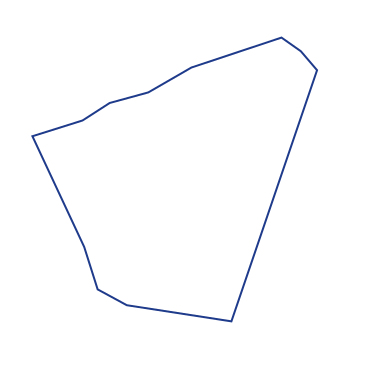 map outline of Krsko (Mercator projection), rotated 349°
{"feature_id": "SVN-939", "entity_name": "Krsko", "entity_type": "Municipality", "adm_level": 1, "iso_a3": "SVN", "parent_name": "Slovenia", "parent_adm1": "", "projection": "mercator", "projection_center": [15.579, 46.008], "detail": "fine", "context": "isolated", "style": "outline", "palette": "blue", "viewbox_px": 384, "rotation_deg": 349, "n_neighbors": 0, "source": "natural_earth", "source_scale": "10m", "svg_char_len": 312}
<svg xmlns="http://www.w3.org/2000/svg" viewBox="0 0 384 384"><g transform="rotate(349 192 192)"><path d="M206.0,326.5L106.4,290.7L80.8,269.6L75.7,225.4L46.0,106.8L98.2,100.9L128.2,88.9L168.1,85.9L215.2,69.7L309.3,57.5L325.7,74.6L338.0,96.3L206.0,326.5Z" fill="none" stroke="#1e3a8a" stroke-width="2"/></g></svg>